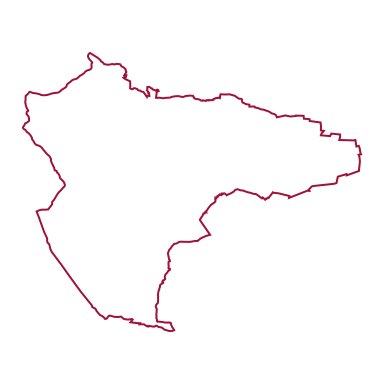 outline of Joseni, Harghita, Romania
{"feature_id": "2599482B15919593836564", "entity_name": "Joseni", "entity_type": "district", "adm_level": 2, "iso_a3": "ROU", "parent_name": "Romania", "parent_adm1": "Harghita", "projection": "robinson", "projection_center": [25.38, 46.684], "detail": "fine", "context": "isolated", "style": "outline", "palette": "rose", "viewbox_px": 384, "rotation_deg": 0, "n_neighbors": 0, "source": "geoboundaries", "source_scale": "gbopen_adm2", "svg_char_len": 5838}
<svg xmlns="http://www.w3.org/2000/svg" viewBox="0 0 384 384"><path d="M174.2,330.1L172.0,326.7L171.2,324.9L170.9,323.3L170.6,322.8L169.4,322.5L168.3,322.5L168.0,322.7L167.3,322.5L164.5,322.5L162.6,322.0L158.2,321.6L157.4,321.7L157.0,321.0L156.9,319.3L156.3,318.1L156.6,316.3L156.3,314.8L156.4,314.1L156.8,309.2L155.7,306.3L156.4,304.5L157.8,303.2L158.2,299.8L158.0,297.8L158.2,296.5L157.9,295.0L158.5,291.0L159.2,289.8L159.3,288.5L160.0,286.9L159.9,285.8L160.4,284.7L163.2,282.9L163.2,282.5L162.3,282.1L162.7,280.6L163.5,280.4L164.9,279.4L165.2,278.8L164.8,277.5L164.8,276.7L165.4,274.6L167.5,272.2L167.9,271.3L169.6,270.1L170.1,269.1L169.9,268.8L168.9,268.8L168.6,268.5L168.5,268.0L168.7,266.1L168.5,264.6L168.5,262.3L168.7,261.6L169.9,261.3L169.7,259.9L169.1,259.3L167.9,253.3L169.2,249.9L170.8,248.2L171.5,246.9L174.0,244.0L177.0,243.3L179.1,241.9L180.1,241.7L189.8,241.9L194.9,241.0L196.5,240.9L197.2,241.1L198.1,240.6L199.7,239.1L202.2,237.6L206.6,235.8L210.1,234.8L200.9,221.5L200.0,220.1L200.0,219.4L201.0,218.2L201.3,217.8L201.2,217.5L202.6,215.6L203.2,214.0L203.7,213.5L203.9,213.5L203.8,213.3L204.8,212.8L204.9,212.6L205.2,212.7L205.5,212.4L205.9,212.4L205.7,212.2L206.0,212.1L205.8,211.4L206.4,211.2L208.3,208.2L210.9,204.9L214.1,202.7L215.1,201.8L215.5,201.1L215.2,199.0L215.3,198.5L216.2,198.4L215.9,197.8L216.2,197.9L216.5,197.3L217.4,197.0L217.3,196.8L217.6,196.4L217.4,196.3L217.5,195.9L218.4,196.0L218.9,195.1L219.7,195.0L219.9,194.6L220.1,194.9L220.6,194.7L220.7,195.0L221.4,195.1L221.4,194.7L221.9,194.4L221.9,194.1L222.2,194.3L222.7,194.1L222.6,193.5L224.7,193.4L226.8,195.3L227.8,194.6L230.9,193.3L234.0,191.4L234.7,190.4L235.5,189.8L237.5,189.2L240.5,190.3L242.8,190.5L247.3,192.1L251.2,193.0L253.1,193.8L255.8,194.0L257.2,194.8L261.9,198.4L262.1,198.4L262.6,197.4L262.8,197.4L265.1,199.7L265.9,198.7L266.5,198.9L267.9,197.6L268.6,198.0L272.8,192.4L273.2,192.9L275.3,192.9L278.9,193.4L289.4,196.0L289.0,197.9L307.4,190.7L309.5,190.9L309.3,190.3L308.6,189.8L311.7,186.5L313.4,186.0L334.0,183.8L335.8,183.3L336.5,183.0L337.8,176.7L346.5,174.1L346.6,175.4L358.9,171.0L359.9,161.7L359.6,158.1L359.2,156.0L358.6,154.8L361.0,154.3L360.5,153.3L359.6,147.9L358.8,145.9L356.4,146.5L355.4,140.0L353.5,140.4L339.3,140.0L340.1,137.0L340.1,134.5L331.3,133.6L330.1,136.1L320.9,135.3L321.6,133.3L323.1,131.8L323.8,130.9L320.9,130.4L321.0,125.1L320.7,124.7L320.6,122.5L309.7,121.0L309.6,119.2L303.9,118.7L303.6,115.8L295.8,115.6L295.8,116.0L290.4,116.5L285.1,115.4L285.0,115.6L276.8,117.3L276.0,115.2L274.4,114.1L271.5,113.3L270.7,112.6L268.8,111.5L263.6,109.7L260.9,109.3L258.1,108.1L255.1,107.5L254.5,106.5L249.4,106.6L249.4,104.7L246.0,104.1L242.4,102.4L241.9,99.5L241.5,98.9L238.7,98.6L234.8,95.8L229.6,94.3L225.1,94.5L220.5,94.3L220.4,94.4L220.1,96.3L219.6,97.1L219.8,97.3L220.0,97.2L220.1,97.5L219.7,97.6L219.7,98.1L218.9,97.8L218.0,97.8L217.5,98.2L216.9,97.9L215.9,98.0L215.0,98.6L214.0,98.8L213.7,99.0L213.6,99.6L213.2,99.6L213.0,99.8L212.6,99.8L212.5,100.2L210.4,100.1L208.7,100.4L208.6,100.1L208.1,100.4L207.2,100.0L206.6,100.6L206.3,100.5L205.8,100.9L205.4,100.6L204.5,100.7L202.9,100.3L202.5,100.8L202.1,100.8L200.7,100.4L199.8,99.7L198.7,99.3L196.0,99.0L194.9,98.6L193.9,97.8L194.0,97.4L193.5,97.1L193.3,96.2L193.0,95.8L190.2,95.6L185.8,96.0L183.4,96.9L182.5,97.0L178.4,96.1L174.8,96.3L171.6,96.9L170.2,97.6L165.0,97.9L163.5,98.3L159.5,97.7L156.5,97.9L156.0,97.8L156.7,92.8L156.5,91.8L158.6,91.1L158.2,90.0L157.2,89.6L156.3,90.2L154.9,90.3L152.5,89.3L152.1,88.5L150.9,88.2L149.8,87.1L148.3,86.8L147.3,87.0L147.3,89.7L146.9,90.2L148.3,92.0L148.1,92.0L148.3,93.2L149.2,94.0L149.4,96.0L147.2,95.7L146.9,96.9L143.5,92.0L141.3,91.5L140.2,90.7L138.1,90.3L137.4,89.2L135.0,88.2L133.8,88.2L132.7,89.2L131.5,89.1L130.1,88.4L130.3,85.8L130.1,81.3L125.3,79.1L123.4,77.7L124.8,76.8L125.8,77.1L126.4,75.2L124.4,75.1L126.4,72.0L125.7,70.8L125.7,69.4L124.0,67.7L121.4,66.2L120.3,64.4L118.2,63.9L115.9,64.0L114.0,64.5L113.1,64.1L112.4,64.0L108.9,64.7L107.2,64.7L104.2,64.1L102.9,62.5L100.9,61.3L100.5,60.2L98.0,58.0L90.1,53.0L89.3,53.5L88.3,54.7L88.0,56.2L88.2,57.2L89.0,58.7L92.2,62.4L92.2,62.8L91.4,64.0L91.6,67.0L91.3,68.4L90.5,69.2L89.6,69.7L87.1,70.5L85.3,71.6L84.2,73.1L81.5,75.0L79.9,75.8L77.1,78.5L73.2,79.7L71.8,80.5L70.7,81.6L67.8,83.7L66.8,85.0L66.4,86.5L65.8,87.2L61.5,90.0L60.3,91.2L58.8,92.3L57.6,92.7L55.3,92.9L52.2,93.4L47.5,94.9L44.0,95.3L41.6,95.1L39.4,94.2L36.2,93.4L32.9,93.0L30.3,91.9L29.7,91.9L29.0,92.4L28.3,93.5L25.6,96.1L25.6,99.3L25.3,101.8L25.3,103.0L25.6,103.7L25.8,105.3L26.5,107.5L28.2,110.6L27.9,111.2L26.8,111.8L26.5,113.9L28.8,116.9L29.1,120.0L29.1,120.6L28.8,121.1L27.2,122.4L25.0,123.6L24.5,125.0L23.2,126.9L23.0,127.6L23.2,128.3L23.6,128.9L25.3,129.8L27.0,132.2L28.4,133.0L30.4,135.1L31.9,137.7L32.2,139.5L33.2,140.6L34.8,143.5L36.3,144.9L38.4,145.5L40.3,146.4L42.0,147.8L42.6,148.9L47.2,154.3L49.2,155.8L51.0,158.9L50.9,160.4L51.2,161.4L51.6,162.6L54.1,167.7L54.7,170.3L56.7,171.1L57.1,172.6L58.3,173.5L59.5,175.7L60.1,178.2L63.5,181.6L64.5,183.5L64.9,185.1L64.8,185.7L64.3,186.6L63.2,187.5L61.3,189.9L59.4,191.7L57.9,193.4L53.8,200.1L52.2,201.9L52.1,202.5L52.2,203.7L52.1,204.3L48.2,209.4L45.7,209.7L41.6,209.7L39.0,210.4L36.6,211.5L38.7,216.8L44.1,231.9L47.2,238.5L47.1,240.7L47.5,242.6L49.2,244.1L50.4,249.1L51.6,251.7L60.6,263.7L70.3,277.3L81.2,292.2L91.8,305.3L92.3,307.1L95.1,308.5L96.1,309.8L96.4,310.8L100.0,315.1L102.2,316.0L104.2,317.7L105.0,318.9L105.9,318.9L106.8,318.5L108.6,316.0L109.4,315.7L110.3,315.7L114.7,316.9L117.8,317.0L121.1,316.6L123.6,318.8L125.1,319.2L127.3,319.5L129.1,319.5L131.9,319.0L132.7,319.6L130.5,322.3L137.0,323.1L140.1,323.2L139.5,324.3L144.0,324.3L146.7,326.2L148.3,326.5L148.3,325.8L153.9,326.7L155.1,326.3L156.1,325.6L157.0,325.9L158.4,326.9L161.9,327.6L164.4,329.6L169.2,331.0L172.6,330.9L174.2,330.1Z" fill="none" stroke="#9f1239" stroke-width="2"/></svg>